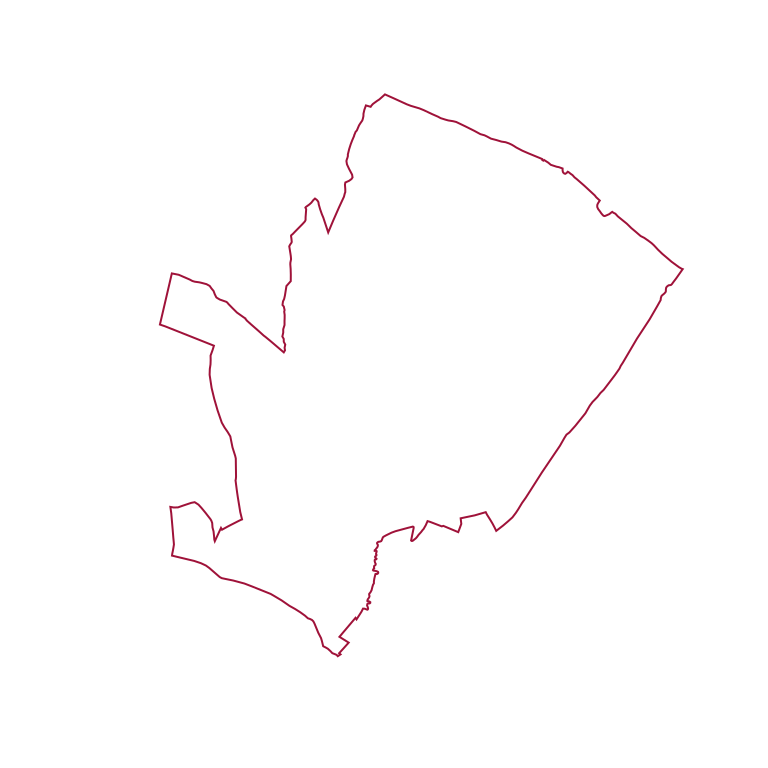 Hartop, Suceava, Romania, rotated 21°
{"feature_id": "2599482B8879498815778", "entity_name": "Hartop", "entity_type": "district", "adm_level": 2, "iso_a3": "ROU", "parent_name": "Romania", "parent_adm1": "Suceava", "projection": "mercator", "projection_center": [26.364, 47.48], "detail": "fine", "context": "isolated", "style": "outline", "palette": "rose", "viewbox_px": 768, "rotation_deg": 21, "n_neighbors": 0, "source": "geoboundaries", "source_scale": "gbopen_adm2", "svg_char_len": 6117}
<svg xmlns="http://www.w3.org/2000/svg" viewBox="0 0 768 768"><g transform="rotate(21 384 384)"><path d="M247.6,620.2L258.9,618.7L270.2,617.2L277.3,616.9L282.8,617.3L286.9,618.4L299.8,623.1L302.1,623.4L305.9,622.8L313.7,621.5L325.2,620.3L333.3,620.3L353.4,620.6L357.2,621.2L365.9,622.7L375.3,625.0L381.6,625.9L387.6,627.1L393.3,628.6L396.9,630.0L399.2,629.9L401.3,630.1L403.1,630.9L404.9,632.5L411.9,639.9L416.3,643.8L418.2,646.3L421.2,650.6L424.1,650.9L426.5,651.3L429.8,652.6L432.2,653.8L434.7,653.8L436.9,653.9L438.4,654.7L440.3,652.0L438.6,651.4L440.9,645.5L443.7,638.1L433.0,636.0L441.2,612.5L442.7,613.6L443.8,608.4L444.6,604.5L444.9,601.2L446.5,600.7L449.3,600.7L449.7,600.2L449.6,599.3L448.8,598.1L447.6,596.9L447.3,595.5L447.4,594.9L447.8,594.6L449.2,594.0L449.6,593.3L449.4,592.6L448.5,592.3L447.5,592.4L446.3,592.6L446.1,592.2L446.0,590.9L446.4,589.5L446.6,588.4L446.5,587.2L445.7,586.2L445.4,585.1L446.0,583.4L446.3,581.0L445.9,577.9L445.7,575.4L446.0,573.7L445.3,571.9L444.7,569.1L444.1,564.5L444.6,564.1L445.3,564.0L446.0,563.5L446.3,562.6L446.1,561.9L445.7,561.5L444.9,561.4L443.2,561.5L440.9,562.0L440.4,561.7L440.4,560.7L440.6,560.3L440.9,559.5L440.4,558.8L440.2,558.3L440.1,557.2L440.4,556.9L440.9,556.0L440.8,555.0L439.8,554.1L438.9,552.9L438.4,551.7L438.5,551.1L439.6,550.4L439.7,549.9L438.4,549.2L437.6,548.7L437.6,548.1L438.3,547.1L438.3,546.3L437.6,545.8L437.3,544.9L437.2,543.1L436.9,542.6L436.2,542.6L435.1,543.1L434.9,542.6L435.5,541.4L435.7,540.4L436.2,539.1L436.3,537.7L436.0,536.5L434.7,535.4L434.5,534.7L434.8,534.0L435.4,533.3L436.7,532.6L437.7,531.7L437.9,530.5L437.9,527.8L438.2,526.9L440.2,524.5L444.3,520.1L447.5,517.3L457.9,509.7L462.0,506.8L462.7,506.8L463.0,507.1L463.3,507.8L465.0,518.1L465.4,520.4L466.2,520.6L466.9,520.2L469.0,516.7L469.7,514.8L470.3,512.5L471.7,508.9L472.4,506.4L472.9,505.3L473.6,500.8L473.8,496.4L476.2,496.2L489.0,496.2L490.2,495.2L506.4,495.7L506.3,486.9L503.7,481.9L505.4,480.8L515.8,474.1L524.9,467.2L526.9,469.0L531.6,472.5L535.3,475.4L538.5,478.2L541.4,480.9L545.9,473.5L549.0,467.8L551.7,462.5L553.3,457.0L554.2,452.9L555.5,445.6L557.1,439.4L559.2,429.2L563.1,410.0L566.1,397.1L570.4,378.6L570.8,375.9L571.8,369.4L572.5,365.9L574.4,362.9L577.6,354.5L582.5,339.2L583.9,330.4L585.1,326.1L587.8,319.8L589.3,314.8L591.2,310.7L596.4,292.9L598.3,285.3L598.5,282.3L599.3,278.6L603.9,251.0L608.8,228.4L611.1,214.0L612.2,206.5L611.7,204.8L611.5,202.6L611.9,201.5L613.2,199.2L613.9,197.4L613.9,196.4L613.2,194.5L612.9,192.8L613.3,191.5L614.3,189.9L616.3,188.8L616.9,187.8L617.8,184.5L618.9,180.8L621.7,169.7L620.4,169.7L617.4,169.2L608.6,166.8L605.3,165.6L597.0,162.7L591.6,160.4L588.8,159.0L586.1,157.7L583.3,156.6L579.8,155.6L574.6,154.3L572.6,154.1L570.6,153.9L564.5,151.7L559.0,149.8L553.2,147.3L544.9,144.6L542.2,143.7L539.0,142.1L536.7,141.9L535.4,141.5L534.7,142.5L533.5,144.6L531.2,146.9L529.9,148.1L528.7,148.3L527.3,147.7L525.5,146.7L523.8,145.5L521.2,143.9L519.7,142.4L519.2,141.2L518.9,140.0L519.1,138.2L519.7,135.4L515.2,133.6L513.2,132.4L499.7,127.0L490.4,123.6L487.8,122.8L485.1,121.4L483.0,120.9L480.2,120.0L479.4,120.0L479.0,121.3L478.6,121.9L477.9,122.8L476.9,122.9L475.8,122.5L475.0,121.9L474.2,120.6L473.5,118.8L469.5,118.9L467.3,119.3L461.2,119.6L458.1,118.5L453.2,117.5L452.7,118.4L451.4,118.1L451.1,117.3L448.7,117.2L436.3,116.9L429.5,116.6L427.0,116.3L422.7,115.8L419.9,115.2L417.4,114.8L414.4,114.6L410.9,114.7L406.8,115.6L401.3,116.0L396.0,116.6L391.2,116.0L388.7,115.8L384.5,116.2L377.7,115.3L367.4,114.3L357.5,113.5L354.3,113.9L349.6,114.9L346.5,115.2L341.6,115.5L338.7,115.1L332.3,114.8L323.0,114.1L318.3,114.0L309.3,114.7L305.0,114.7L290.6,113.8L281.1,113.3L279.8,115.9L277.6,120.1L276.0,122.3L273.3,126.5L272.5,128.6L272.2,130.0L267.3,130.4L267.4,135.1L268.0,139.1L268.8,141.3L269.2,143.9L269.3,145.8L268.5,149.0L268.0,151.5L267.8,157.0L267.1,158.9L267.1,160.7L267.0,162.5L267.2,162.9L267.0,167.8L267.0,172.1L267.3,177.2L268.0,182.7L268.6,184.1L268.8,186.0L268.8,187.6L269.0,189.3L270.7,192.2L274.3,195.7L279.2,200.0L280.6,202.4L280.2,204.3L278.6,206.8L275.7,209.7L276.1,211.9L278.0,215.9L279.1,218.8L279.1,220.2L279.5,223.5L278.7,235.2L278.0,249.8L277.6,262.5L267.7,250.4L265.1,247.7L261.8,243.8L258.7,239.7L257.7,237.9L257.0,237.2L255.5,236.3L253.6,235.7L253.1,235.6L252.1,237.7L251.2,240.7L250.0,243.1L247.6,246.8L247.4,247.5L248.7,248.7L249.7,252.0L251.0,256.3L252.0,259.0L251.9,260.5L251.3,262.1L250.5,264.1L246.4,273.5L245.1,276.6L244.1,278.4L244.1,278.8L244.1,279.0L245.5,281.5L246.9,284.3L247.0,285.1L246.4,287.6L246.2,289.4L249.8,295.6L251.1,297.9L252.5,300.8L252.8,302.5L253.1,304.3L253.7,306.0L255.6,310.0L257.8,315.3L260.1,321.4L257.8,327.5L259.8,336.9L260.3,340.4L260.1,343.1L260.9,346.6L262.7,347.6L264.7,350.6L264.9,352.2L266.5,355.1L267.8,358.6L268.5,360.7L270.0,364.6L270.3,369.0L271.5,372.1L272.1,376.1L274.2,377.8L275.3,380.5L277.7,382.6L278.2,385.8L279.5,388.0L279.1,390.4L266.4,385.9L262.1,384.4L256.4,382.5L254.3,381.9L248.1,379.5L238.3,375.9L233.8,374.2L231.5,373.0L231.2,372.5L229.3,372.1L221.1,370.0L215.0,367.3L210.4,365.2L208.4,364.1L207.4,363.8L203.9,363.9L200.5,364.0L197.5,363.5L196.4,363.2L193.9,360.9L191.5,358.2L188.8,356.7L186.1,354.9L182.5,354.4L177.0,355.0L175.0,355.3L170.7,356.3L168.2,356.5L165.1,356.1L153.2,355.6L146.3,356.8L147.6,366.1L153.5,408.8L159.0,408.6L186.1,408.9L211.5,409.2L211.8,413.8L211.9,419.6L213.6,423.8L215.0,427.9L216.0,432.4L217.9,437.9L224.5,449.5L230.7,458.5L238.1,468.3L246.4,478.2L250.8,481.8L255.2,484.8L259.3,488.0L261.1,490.9L265.3,497.5L270.8,504.4L272.3,506.6L278.1,521.1L279.1,523.6L279.8,526.0L279.9,527.1L284.1,534.9L285.8,538.0L288.0,541.9L295.7,555.1L300.0,561.3L299.1,562.1L297.5,563.8L291.2,570.8L289.0,573.3L285.4,577.6L285.0,578.1L283.4,576.8L282.4,591.4L281.3,590.0L280.2,587.6L277.7,582.7L275.3,579.4L273.4,575.3L271.7,573.4L270.3,572.3L267.3,570.5L263.5,568.2L258.0,565.1L254.0,563.1L250.7,562.4L249.6,562.2L246.7,564.0L239.9,569.6L235.9,573.0L232.1,574.6L228.6,575.3L231.7,580.9L239.0,595.9L242.5,603.2L244.0,606.2L245.4,609.1L246.1,612.4L246.7,615.6L246.9,616.9L247.1,618.1L247.6,620.2Z" fill="none" stroke="#9f1239" stroke-width="2"/></g></svg>